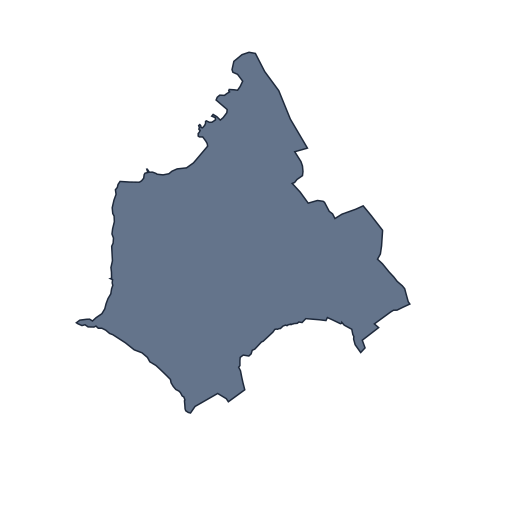 Leimatu'a, Vava'u, Tonga, rotated 304°
{"feature_id": "48082658B84329148637899", "entity_name": "Leimatu'a", "entity_type": "district", "adm_level": 2, "iso_a3": "TON", "parent_name": "Tonga", "parent_adm1": "Vava'u", "projection": "robinson", "projection_center": [-173.972, -18.596], "detail": "fine", "context": "isolated", "style": "filled", "palette": "slate", "viewbox_px": 512, "rotation_deg": 304, "n_neighbors": 0, "source": "geoboundaries", "source_scale": "gbopen_adm2", "svg_char_len": 3185}
<svg xmlns="http://www.w3.org/2000/svg" viewBox="0 0 512 512"><g transform="rotate(304 256 256)"><path d="M302.2,410.4L303.2,407.8L309.2,400.8L312.0,397.6L313.1,394.0L313.4,391.5L313.9,387.2L315.6,382.2L317.2,375.2L320.2,365.3L321.3,358.5L327.2,358.0L334.5,354.5L340.5,351.0L347.6,346.9L348.1,346.5L353.3,330.7L353.5,330.6L353.4,330.6L357.5,316.8L350.5,312.5L338.8,303.9L331.2,300.5L333.7,296.0L334.0,291.7L338.8,282.8L338.9,281.1L336.4,275.9L329.0,269.7L333.7,256.8L336.4,245.4L338.5,246.9L342.4,247.2L348.6,249.6L352.3,247.7L356.6,244.2L359.4,240.5L364.1,229.8L374.2,238.3L388.7,207.9L405.8,182.4L413.8,160.0L423.6,142.2L421.0,136.3L415.1,131.8L405.0,128.8L397.1,131.9L395.4,134.1L396.3,139.1L393.5,147.2L387.7,148.1L383.1,148.0L381.5,144.8L379.1,140.7L377.7,141.0L377.3,142.3L374.1,140.9L371.5,140.0L369.1,136.0L365.9,135.1L363.0,135.7L362.3,141.6L361.3,150.2L358.5,151.7L352.4,151.4L348.7,150.4L349.6,145.6L349.4,141.3L347.2,141.1L347.9,144.9L346.2,146.3L342.3,144.7L340.8,142.7L340.3,139.3L339.4,138.9L337.8,140.0L335.5,140.4L332.4,140.0L331.8,138.7L333.2,137.2L333.5,135.9L332.1,135.5L330.8,137.2L329.2,137.7L328.9,138.3L329.0,139.4L326.9,139.8L325.2,139.6L323.1,141.0L323.1,142.5L324.9,145.3L323.2,150.1L321.9,152.7L320.0,154.5L298.2,152.1L296.1,151.3L290.2,149.1L284.1,141.9L279.3,138.9L275.5,137.8L271.3,133.6L268.5,128.3L268.5,126.8L267.7,123.4L265.8,120.7L267.2,117.3L266.9,116.9L264.7,119.6L262.6,117.7L260.9,117.8L257.7,119.4L254.3,119.1L251.9,118.0L246.7,110.0L241.8,101.6L238.2,101.6L235.3,102.7L232.3,102.4L228.9,105.5L222.9,107.0L215.6,109.8L211.1,113.5L209.8,116.0L205.2,119.4L198.4,121.9L193.7,124.3L191.2,127.8L186.7,130.4L183.4,130.9L179.4,133.9L171.7,139.7L165.3,142.2L161.8,145.2L156.8,148.7L155.8,147.9L156.2,150.3L153.3,151.8L151.6,153.7L148.1,154.6L143.4,156.8L138.0,157.1L132.6,158.4L127.6,160.2L122.0,160.5L115.4,157.9L110.7,156.8L110.6,153.4L108.7,150.8L104.3,145.8L100.2,144.4L100.2,146.1L101.0,150.6L103.4,152.7L103.3,156.4L106.5,161.4L108.4,162.5L107.9,165.6L109.9,168.6L110.5,172.9L109.9,177.9L110.7,181.2L111.0,196.2L110.1,207.5L112.0,215.6L111.2,222.7L108.9,227.2L109.3,234.3L108.5,239.5L107.1,247.5L105.8,254.1L103.4,256.5L101.6,260.3L100.5,264.2L100.9,267.5L100.5,269.7L98.7,273.1L98.8,275.0L96.9,277.6L96.0,277.6L92.7,280.3L89.6,282.7L88.4,284.3L88.4,287.3L89.2,289.5L97.2,289.6L120.6,301.1L121.1,311.2L119.7,314.6L138.8,321.5L143.6,316.1L147.4,312.1L152.2,307.3L154.1,303.8L156.1,304.0L160.2,301.2L163.1,299.6L166.7,300.8L169.1,306.0L172.1,306.7L175.7,305.6L178.2,307.1L187.8,308.6L189.3,309.6L202.4,312.6L205.6,312.6L206.8,313.7L207.3,314.8L208.7,315.7L209.5,316.8L213.1,317.6L215.3,319.2L215.6,320.7L216.6,320.9L217.2,321.5L217.6,321.6L218.4,322.7L218.9,322.9L218.7,323.3L219.1,323.8L219.9,324.1L220.4,324.8L221.0,325.0L222.0,326.3L223.3,327.9L225.2,328.4L226.6,331.4L231.9,332.3L238.7,344.4L238.8,344.6L241.6,350.1L244.9,349.6L245.8,355.0L247.1,363.9L248.0,364.6L249.0,364.2L248.0,367.8L248.8,376.4L245.1,380.1L244.0,382.1L243.3,382.5L241.7,383.4L237.9,387.8L234.5,396.8L240.8,397.8L245.6,391.2L265.2,397.7L265.9,392.1L284.8,398.9L287.9,400.3L290.0,403.2L295.4,406.3L302.2,410.4Z" fill="#64748b" stroke="#1e293b" stroke-width="1.5"/></g></svg>